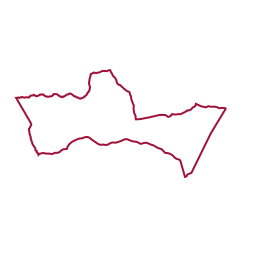 outline of Balambala, North-Eastern, Kenya, rotated 344°
{"feature_id": "3690345B82306211866493", "entity_name": "Balambala", "entity_type": "district", "adm_level": 2, "iso_a3": "KEN", "parent_name": "Kenya", "parent_adm1": "North-Eastern", "projection": "orthographic", "projection_center": [39.23, -0.023], "detail": "fine", "context": "isolated", "style": "outline", "palette": "rose", "viewbox_px": 256, "rotation_deg": 344, "n_neighbors": 0, "source": "geoboundaries", "source_scale": "gbopen_adm2", "svg_char_len": 5547}
<svg xmlns="http://www.w3.org/2000/svg" viewBox="0 0 256 256"><g transform="rotate(344 128 128)"><path d="M150.4,123.6L148.2,123.3L145.0,123.1L141.8,122.7L138.0,121.9L137.9,121.1L138.0,120.8L138.4,119.5L138.5,118.5L138.5,117.7L138.2,116.4L138.1,115.8L138.1,114.8L138.4,113.6L138.5,111.8L138.7,110.7L139.5,108.7L139.8,107.7L139.4,105.6L139.4,104.4L139.2,102.8L139.2,101.9L139.1,101.2L139.5,99.1L139.6,98.2L139.5,97.7L139.2,96.6L139.3,94.1L139.3,93.9L139.1,93.7L137.3,92.3L136.8,91.8L136.1,90.7L135.7,90.0L134.9,89.2L134.7,88.8L134.3,87.7L134.1,87.4L133.3,86.5L132.6,85.0L132.2,84.6L131.2,84.0L130.9,83.7L130.6,83.4L130.4,82.9L130.0,82.1L129.8,81.3L129.9,79.0L129.8,77.9L129.2,75.8L128.2,74.3L128.0,73.8L127.9,73.5L127.7,71.9L127.1,69.7L126.8,67.8L126.7,67.4L126.3,67.4L125.5,67.3L124.3,67.3L123.4,67.5L123.0,67.4L122.5,67.1L121.5,66.9L120.3,66.6L119.6,66.2L119.3,66.1L118.9,66.1L116.4,66.6L115.6,66.7L114.5,66.4L113.5,66.5L112.5,66.5L111.7,66.2L110.9,65.4L110.5,65.3L110.1,65.4L109.2,65.5L108.4,65.8L107.5,65.8L107.2,65.9L106.7,66.3L106.7,67.0L106.1,67.8L105.6,68.9L104.5,70.2L104.3,71.4L104.1,71.8L103.5,72.4L103.4,73.0L103.0,73.5L103.1,74.0L102.8,74.6L102.8,75.5L102.6,76.4L102.6,76.6L102.8,76.9L102.8,77.3L102.6,78.8L102.2,79.2L102.0,80.0L101.6,80.5L101.5,80.8L101.3,81.2L100.7,81.6L100.3,82.2L99.8,82.7L99.5,82.6L99.4,82.7L99.0,83.0L98.7,83.2L98.4,83.6L98.1,83.8L97.7,84.4L97.4,84.7L97.1,84.9L96.1,85.2L95.4,85.7L94.5,85.7L94.3,85.9L94.0,86.3L93.9,86.4L92.5,86.5L91.8,86.6L91.5,86.5L91.3,86.5L90.6,86.7L90.2,86.7L89.8,86.4L89.4,86.3L89.3,86.2L89.1,85.8L88.7,85.4L88.1,84.7L87.2,84.6L86.4,83.4L86.1,83.0L85.4,82.9L85.1,82.8L84.3,81.4L83.7,80.6L82.8,79.6L81.7,78.8L80.8,78.8L80.5,78.9L80.0,79.3L79.7,79.3L78.8,79.0L78.2,79.0L77.8,79.1L77.4,79.5L76.4,79.8L75.8,80.0L75.3,79.8L75.1,79.8L74.8,80.1L74.1,80.2L73.8,80.4L73.6,80.4L73.3,80.3L73.0,79.6L72.4,79.3L72.1,79.3L71.8,79.4L71.7,79.4L70.5,77.8L70.1,77.6L69.6,76.6L69.5,76.4L68.8,75.9L68.0,75.5L67.0,75.3L66.3,75.0L65.8,75.0L65.3,75.1L65.1,75.4L64.9,75.9L64.5,76.1L63.8,76.2L63.3,76.4L63.1,76.3L62.2,76.3L61.9,76.2L60.9,76.0L60.5,76.1L59.6,75.9L59.1,75.5L58.4,75.4L58.2,75.2L57.5,75.0L57.4,74.9L57.3,74.6L57.1,74.3L56.7,74.0L56.4,73.3L56.0,73.0L55.7,72.4L55.5,72.2L53.7,72.1L53.4,71.7L53.2,71.6L52.6,71.6L52.3,71.8L51.8,71.9L51.4,72.1L50.9,72.0L50.6,72.1L50.4,72.2L49.9,72.3L49.1,72.3L48.7,71.9L48.3,72.0L47.9,71.7L47.4,70.8L46.9,70.4L46.6,70.1L46.2,70.4L45.6,70.5L45.0,70.3L44.5,70.3L43.3,70.1L42.0,70.8L41.8,71.1L41.5,71.3L40.7,71.3L39.7,70.7L38.7,70.4L38.2,70.3L37.8,70.4L37.1,70.3L36.9,70.3L36.3,69.9L35.6,69.7L35.1,69.2L34.5,69.0L33.9,69.2L33.3,68.9L32.7,69.0L32.3,69.0L31.8,69.2L30.9,68.4L30.6,68.3L30.0,68.4L29.6,68.4L29.1,68.4L28.8,68.3L29.6,71.4L29.9,72.2L29.9,72.7L31.8,80.2L32.1,81.2L33.4,86.2L33.4,86.8L34.4,90.3L34.5,90.7L35.9,96.3L36.0,98.0L35.9,98.2L33.1,101.3L32.9,101.4L32.6,101.5L32.1,103.3L32.2,104.0L32.1,105.2L31.8,105.9L31.7,106.2L31.9,107.3L31.8,108.2L32.0,109.4L31.9,110.3L31.7,110.8L31.5,111.3L31.6,111.9L31.8,113.2L31.6,113.8L31.6,114.3L31.8,115.1L31.8,117.0L32.1,118.4L32.6,119.9L32.8,120.5L33.1,121.0L33.2,122.0L33.3,122.3L33.3,122.5L33.0,123.4L32.9,123.9L33.5,124.7L33.8,124.8L33.9,125.0L33.7,125.5L33.8,126.1L33.6,126.5L34.1,127.0L34.6,127.5L34.5,128.1L34.7,128.5L34.6,129.1L35.3,128.7L36.5,128.5L38.8,128.5L39.6,128.7L41.3,129.5L42.6,130.2L44.0,130.5L45.9,131.2L46.4,131.4L47.2,131.9L47.8,132.1L48.7,132.1L49.9,131.8L51.3,131.8L52.7,132.3L55.2,132.4L57.9,131.1L58.7,130.8L59.5,130.7L60.4,130.7L63.4,131.3L63.6,131.2L64.5,129.7L65.1,129.0L66.3,128.0L68.0,126.9L68.9,126.5L70.4,125.9L73.1,125.3L76.0,124.9L77.4,124.8L78.9,124.8L79.9,125.0L80.6,125.3L81.9,125.2L83.2,125.0L84.3,125.0L85.8,125.2L86.5,125.5L87.7,126.2L88.4,126.9L90.1,129.3L94.5,134.7L96.1,136.1L96.6,136.4L97.4,136.7L99.2,137.0L99.8,137.2L101.5,138.0L102.4,138.3L103.4,138.4L104.0,138.4L105.8,138.0L107.1,137.7L108.7,137.6L110.1,138.0L112.1,138.7L113.1,138.8L118.3,138.5L119.8,138.2L121.1,138.0L122.2,138.1L123.3,138.3L123.8,138.4L124.7,139.0L126.3,140.3L128.8,142.1L129.7,142.5L131.2,143.1L132.4,143.7L133.5,144.5L135.0,146.1L135.2,146.3L135.9,146.7L136.4,146.8L139.4,146.8L140.0,146.9L140.7,147.0L141.8,147.4L142.7,148.0L145.6,150.4L147.0,151.2L147.9,151.9L149.4,153.5L150.9,155.1L151.4,155.6L153.2,156.7L154.2,157.4L155.0,158.4L156.5,161.6L156.9,162.1L157.7,162.6L158.9,162.9L159.9,163.4L161.4,164.6L162.5,165.6L163.4,166.8L164.8,169.4L165.2,170.1L166.2,171.0L168.0,172.2L168.6,172.7L169.3,173.5L169.3,190.7L170.0,190.7L170.9,190.5L171.4,190.2L171.6,189.8L172.0,189.4L172.6,189.1L173.1,188.9L174.2,188.9L175.3,188.7L176.2,188.8L176.5,188.7L205.2,157.0L206.0,156.1L226.6,137.0L226.9,136.7L227.2,136.1L226.0,135.3L225.0,134.9L223.6,134.6L223.0,134.3L222.0,134.3L221.0,134.1L220.7,133.9L220.1,133.2L219.7,132.8L217.7,131.6L217.0,131.3L216.4,131.2L215.7,131.0L214.8,130.8L213.8,130.5L212.7,130.0L211.3,129.2L210.9,129.2L209.7,129.5L208.7,129.5L208.3,129.4L207.4,129.1L206.8,128.6L204.7,127.5L203.9,127.0L202.4,125.7L201.3,124.7L200.4,124.0L199.9,123.5L199.3,124.6L198.5,125.5L197.8,125.8L197.4,125.9L197.0,125.9L196.0,126.1L195.6,126.3L194.1,127.3L193.4,127.6L192.9,127.8L191.8,127.7L190.7,127.9L190.3,127.9L189.7,127.5L189.4,127.4L188.9,127.8L188.0,128.2L182.4,129.2L181.6,129.1L180.3,128.5L179.2,128.4L178.0,128.3L177.2,128.1L175.8,127.5L174.9,127.2L174.4,126.8L174.2,127.1L173.8,127.2L173.7,127.2L173.4,127.6L173.0,127.8L172.6,127.8L172.4,128.1L170.2,128.5L169.6,128.4L167.6,125.9L164.7,124.8L164.1,124.8L163.1,124.6L162.7,124.2L150.4,123.6Z" fill="none" stroke="#9f1239" stroke-width="2"/></g></svg>